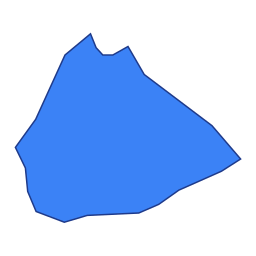 SVG path tracing the border of Ascension
{"feature_id": "SHN-4863", "entity_name": "Ascension", "entity_type": "state/province", "adm_level": 1, "iso_a3": "SHN", "parent_name": "Saint Helena", "parent_adm1": "", "projection": "albers", "projection_center": [-14.366, -7.929], "detail": "fine", "context": "isolated", "style": "filled", "palette": "blue", "viewbox_px": 256, "rotation_deg": 0, "n_neighbors": 0, "source": "natural_earth", "source_scale": "10m", "svg_char_len": 366}
<svg xmlns="http://www.w3.org/2000/svg" viewBox="0 0 256 256"><path d="M128.0,46.5L144.2,74.5L212.0,125.7L240.6,159.0L221.5,171.2L178.9,190.1L158.8,204.3L138.8,213.0L87.2,215.4L64.3,222.2L36.1,211.5L27.7,191.5L25.4,168.0L15.4,147.4L35.7,119.3L65.0,55.0L90.5,33.8L96.1,47.7L102.8,55.0L112.8,55.0L128.0,46.5Z" fill="#3b82f6" stroke="#1e3a8a" stroke-width="1.5"/></svg>